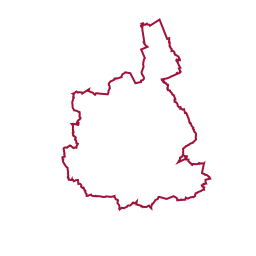 the district of Zacatecas, Zacatecas, Mexico, rotated 66°
{"feature_id": "50627088B9429495798872", "entity_name": "Zacatecas", "entity_type": "district", "adm_level": 2, "iso_a3": "MEX", "parent_name": "Mexico", "parent_adm1": "Zacatecas", "projection": "robinson", "projection_center": [-102.67, 22.729], "detail": "fine", "context": "isolated", "style": "outline", "palette": "rose", "viewbox_px": 256, "rotation_deg": 66, "n_neighbors": 0, "source": "geoboundaries", "source_scale": "gbopen_adm2", "svg_char_len": 5744}
<svg xmlns="http://www.w3.org/2000/svg" viewBox="0 0 256 256"><g transform="rotate(66 128 128)"><path d="M191.1,72.9L191.3,73.6L190.4,74.7L190.1,76.2L189.6,76.8L189.2,76.8L189.1,77.2L189.5,77.6L189.0,77.9L189.3,79.1L188.1,81.8L187.4,82.8L187.2,83.5L187.9,84.2L187.4,84.8L186.7,84.5L185.3,85.2L185.2,85.5L184.3,85.6L183.0,86.4L181.5,85.6L180.4,87.7L177.8,85.7L176.6,87.6L179.5,87.6L179.8,96.2L179.1,95.1L178.5,94.5L177.9,93.4L177.6,93.1L177.0,92.9L177.1,92.7L176.9,92.4L176.2,92.2L176.1,89.9L174.9,89.0L174.8,88.4L174.0,87.9L172.6,87.7L171.2,86.7L169.6,86.3L169.2,85.9L168.4,82.4L168.2,82.4L168.2,80.8L168.0,80.5L168.2,79.4L167.6,77.8L167.8,74.5L167.6,74.5L166.1,70.4L164.1,70.0L162.5,69.0L160.7,68.2L158.5,68.7L158.2,69.0L157.8,68.8L156.7,68.9L156.3,68.5L155.9,68.8L154.8,68.9L154.7,68.4L154.4,68.2L151.7,69.1L149.5,68.7L149.1,68.9L148.9,69.4L148.4,69.2L148.2,69.6L147.2,69.5L145.9,69.0L144.1,68.9L143.6,68.7L142.6,68.9L140.8,68.6L140.1,68.9L139.3,68.6L137.7,68.8L137.5,69.8L133.6,69.2L133.3,70.9L132.0,71.3L131.7,71.8L131.7,72.3L130.2,71.6L130.0,72.9L128.0,73.6L126.7,73.2L125.1,73.2L124.3,73.7L123.7,73.7L122.9,74.8L121.1,74.0L121.2,73.1L116.5,72.9L116.2,73.4L115.8,73.4L115.1,73.9L114.1,73.7L111.6,74.7L110.9,74.4L110.7,74.5L109.8,76.0L109.4,76.2L108.6,75.7L108.0,75.7L107.9,75.9L107.5,75.5L107.0,75.5L106.8,75.0L105.0,73.8L104.4,74.1L104.2,74.8L103.0,75.2L102.5,75.1L102.2,75.7L101.4,76.3L100.9,76.1L100.8,76.9L100.5,76.9L100.5,76.3L100.2,76.3L99.8,76.9L99.4,76.6L99.3,76.9L98.9,76.9L98.3,77.5L97.7,77.2L97.5,77.4L97.3,77.4L98.6,72.0L98.7,68.6L98.5,68.4L98.6,61.6L97.7,61.2L97.4,59.7L97.7,60.6L98.6,60.6L98.7,58.4L98.2,58.0L98.2,57.7L97.9,57.7L97.9,57.1L94.3,57.3L94.3,55.7L91.3,56.0L86.6,56.1L87.0,55.6L86.4,55.6L86.0,56.3L85.3,55.6L87.2,53.0L86.9,52.8L86.1,52.8L85.9,53.2L84.1,52.8L83.2,53.0L80.6,54.6L80.1,55.3L79.2,55.1L78.8,55.3L78.0,54.8L76.7,55.1L76.3,55.3L75.6,56.1L75.4,56.9L74.3,56.2L73.4,56.0L73.1,56.4L72.3,56.6L70.8,56.3L70.6,56.7L69.9,56.7L66.9,55.1L66.5,55.7L66.0,55.5L64.0,54.3L62.7,53.8L62.6,56.0L41.8,55.1L43.5,66.4L42.3,66.6L41.2,68.3L40.4,68.3L40.7,70.0L40.4,70.0L40.1,71.6L38.4,71.7L38.2,73.3L39.9,73.3L39.8,74.5L41.0,74.6L41.4,73.6L42.2,74.2L44.8,75.1L57.0,78.4L56.7,78.8L58.3,78.7L59.7,78.3L61.8,77.2L61.6,84.0L71.0,84.2L71.7,85.4L74.5,87.4L76.0,88.3L78.5,88.9L82.4,92.8L83.0,93.1L84.8,93.3L87.4,92.9L89.0,93.1L89.5,93.5L90.2,94.6L90.0,96.9L91.3,97.3L90.1,103.0L78.9,103.6L76.0,107.9L76.4,108.4L76.5,110.2L76.8,111.3L78.3,113.1L78.9,113.2L78.4,117.6L78.0,119.1L77.7,119.0L77.4,120.4L78.3,121.0L78.4,125.3L79.5,127.4L80.7,128.0L82.1,127.7L83.0,128.2L83.8,128.3L84.1,128.6L84.5,128.6L86.1,130.8L87.5,131.3L89.0,132.8L84.3,141.3L83.7,141.9L83.3,143.1L83.5,143.7L84.3,144.4L84.2,144.7L81.2,145.9L80.3,147.3L79.6,147.6L78.2,149.1L76.7,147.9L77.9,155.8L76.7,155.8L75.5,158.1L75.3,158.2L75.3,159.4L73.7,160.2L73.8,160.9L74.3,162.4L74.2,164.4L75.1,163.8L77.2,165.4L77.6,165.0L78.4,165.2L78.7,165.9L82.0,168.6L85.0,169.5L86.5,170.2L89.9,170.1L91.3,168.0L93.3,166.5L93.6,165.8L94.0,165.8L95.6,166.6L96.2,166.6L96.4,166.9L97.8,167.6L98.3,167.7L98.8,167.3L99.4,167.2L100.0,167.7L99.9,168.1L100.6,168.7L100.5,169.8L101.3,171.4L101.8,171.6L102.2,172.2L102.4,171.4L102.9,171.1L103.2,171.8L104.2,171.5L104.9,172.2L101.8,176.5L101.4,177.8L103.7,177.3L106.8,178.9L107.2,178.9L107.9,179.3L108.7,179.2L109.1,179.7L109.8,179.6L110.0,180.5L111.4,180.5L112.0,181.1L112.7,181.1L112.9,180.8L113.2,180.9L114.4,179.9L115.4,179.6L116.0,179.9L116.3,180.2L116.2,180.5L117.1,181.2L117.6,181.0L117.8,180.7L118.5,180.5L120.8,181.3L122.1,180.2L122.8,181.1L123.1,181.9L125.0,183.2L124.2,184.1L124.3,185.8L123.5,186.1L123.4,186.5L121.3,187.3L120.4,188.1L120.8,188.7L120.5,189.6L121.2,191.7L120.2,193.1L120.3,195.0L121.3,195.5L122.3,195.5L123.5,196.0L125.4,196.3L125.9,196.9L128.4,197.4L128.1,199.8L130.4,200.5L130.5,200.0L132.5,201.1L138.0,200.3L139.7,199.4L142.1,200.3L143.8,200.5L145.7,201.7L146.5,201.6L147.4,201.9L147.9,202.4L148.0,202.7L148.6,202.8L148.7,203.1L149.1,203.2L149.6,203.1L149.7,202.7L151.2,203.1L152.5,200.8L152.4,200.3L152.1,200.0L152.6,200.1L152.7,199.5L154.6,199.2L154.5,196.6L155.2,194.9L159.0,196.1L159.3,194.7L159.7,194.3L161.2,193.9L162.0,194.1L162.4,194.7L162.7,194.7L164.3,193.9L164.3,192.9L164.5,192.8L166.3,193.1L167.0,192.9L167.5,193.1L167.8,192.5L168.9,192.7L169.3,193.1L170.6,193.1L171.4,192.7L173.2,193.4L173.7,192.2L173.6,191.5L173.8,188.9L174.4,188.9L175.5,188.2L176.2,187.2L176.8,186.0L176.8,185.1L177.2,184.6L177.5,184.7L178.8,181.7L180.8,178.9L181.7,176.7L181.5,176.0L184.2,171.1L184.6,168.2L185.3,168.7L186.2,168.1L187.8,168.2L188.5,167.9L189.4,166.6L190.2,166.6L191.5,167.8L192.2,168.1L195.1,167.5L197.5,168.2L198.0,168.8L199.0,168.8L198.4,166.5L198.4,165.9L199.6,164.4L199.5,160.7L198.8,160.0L199.0,159.0L199.6,157.9L199.6,157.5L199.0,155.3L198.5,154.8L198.2,153.9L198.3,153.5L199.0,153.5L199.4,153.0L199.3,152.6L199.3,151.2L198.7,149.9L201.2,151.5L204.4,147.5L205.0,147.8L205.8,146.7L206.2,146.7L206.1,146.0L207.4,144.2L207.7,142.9L207.4,141.5L207.4,140.3L209.3,140.0L210.7,139.4L210.0,139.2L207.5,137.2L207.5,136.7L207.1,136.4L207.3,136.1L206.9,135.2L205.0,132.4L204.9,129.6L203.4,128.2L203.5,127.7L208.5,121.6L208.9,114.0L211.7,112.0L213.1,112.1L213.4,111.8L214.1,112.3L215.4,108.7L215.0,108.4L215.8,107.4L216.8,104.8L215.1,103.5L216.5,102.4L216.9,101.8L216.7,99.1L217.0,98.7L217.3,96.9L217.5,96.5L217.8,96.4L217.5,94.3L216.0,93.7L215.8,93.2L215.1,92.7L215.4,91.8L215.3,90.5L215.0,90.1L215.3,86.9L214.8,84.9L215.3,83.7L214.4,83.6L213.3,82.5L211.8,83.9L210.4,83.9L210.5,82.7L209.7,81.8L210.5,81.0L210.2,79.9L210.5,79.2L209.0,79.2L206.8,78.2L207.7,73.5L205.7,73.6L205.4,74.2L204.3,74.4L202.8,75.3L202.2,76.6L201.4,76.7L199.5,78.7L199.0,78.6L191.1,72.9Z" fill="none" stroke="#9f1239" stroke-width="2"/></g></svg>